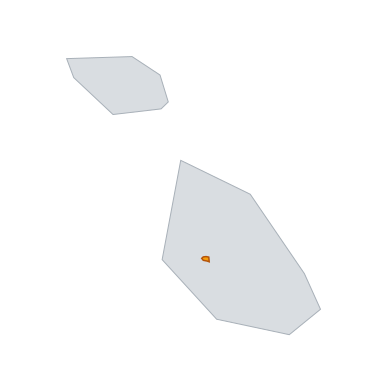 location of Mdina within Malta, rotated 11°
{"feature_id": "MLT-5921", "entity_name": "Mdina", "entity_type": "state/province", "adm_level": 1, "iso_a3": "MLT", "parent_name": "Malta", "parent_adm1": "", "projection": "orthographic", "projection_center": [14.407, 35.882], "detail": "fine", "context": "in_parent", "style": "filled", "palette": "amber", "viewbox_px": 384, "rotation_deg": 11, "n_neighbors": 0, "source": "natural_earth", "source_scale": "10m", "svg_char_len": 515}
<svg xmlns="http://www.w3.org/2000/svg" viewBox="0 0 384 384"><g transform="rotate(11 192 192)"><path d="M340.5,282.6L314.7,313.5L240.5,312.2L175.6,264.1L174.9,163.1L249.6,183.1L317.9,250.7L340.5,282.6ZM145.8,116.3L99.7,131.0L54.1,102.3L43.5,85.0L107.3,70.5L138.3,83.3L151.5,108.1L145.8,116.3Z" fill="#d9dde1" stroke="#a8b0b8" stroke-width="1"/><path d="M214.2,255.3L215.4,253.6L218.1,252.7L220.9,252.7L222.2,257.2L219.9,256.9L216.1,256.9L214.2,255.3Z" fill="#f59e0b" stroke="#b45309" stroke-width="1.5"/></g></svg>